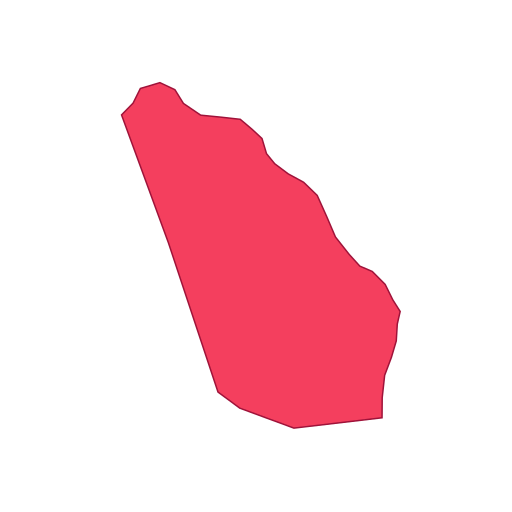 Montadas, Paraíba, Brazil, rotated 241°
{"feature_id": "56859067B50047647998901", "entity_name": "Montadas", "entity_type": "district", "adm_level": 2, "iso_a3": "BRA", "parent_name": "Brazil", "parent_adm1": "Paraíba", "projection": "mercator", "projection_center": [-35.939, -7.09], "detail": "fine", "context": "isolated", "style": "filled", "palette": "rose", "viewbox_px": 512, "rotation_deg": 241, "n_neighbors": 0, "source": "geoboundaries", "source_scale": "gbopen_adm2", "svg_char_len": 587}
<svg xmlns="http://www.w3.org/2000/svg" viewBox="0 0 512 512"><g transform="rotate(241 256 256)"><path d="M130.7,168.1L87.1,205.7L53.4,287.8L70.9,297.7L89.3,310.7L101.7,325.3L113.7,337.5L128.0,346.6L137.6,355.2L151.3,354.4L168.5,355.2L186.1,350.2L196.8,341.9L212.1,338.3L234.1,334.7L255.7,336.9L279.3,338.9L297.4,333.4L312.2,324.0L327.6,317.1L340.4,314.8L355.8,318.2L368.7,314.0L383.2,308.5L394.4,292.7L406.0,275.9L424.6,266.5L440.8,265.7L454.2,256.0L458.6,236.1L449.3,222.6L444.6,206.8L310.0,185.8L155.4,156.8L130.7,168.1Z" fill="#f43f5e" stroke="#9f1239" stroke-width="1.5"/></g></svg>